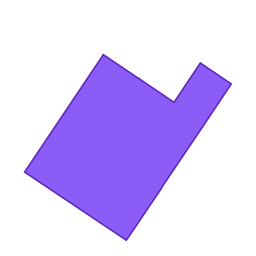 the district of Boundary, Idaho, United States of America, rotated 124°
{"feature_id": "52423323B63721358154647", "entity_name": "Boundary", "entity_type": "district", "adm_level": 2, "iso_a3": "USA", "parent_name": "United States of America", "parent_adm1": "Idaho", "projection": "equal_earth", "projection_center": [-116.64, 48.751], "detail": "fine", "context": "isolated", "style": "filled", "palette": "violet", "viewbox_px": 256, "rotation_deg": 124, "n_neighbors": 0, "source": "geoboundaries", "source_scale": "gbopen_adm2", "svg_char_len": 345}
<svg xmlns="http://www.w3.org/2000/svg" viewBox="0 0 256 256"><g transform="rotate(124 128 128)"><path d="M33.7,67.0L33.7,97.5L33.6,104.4L81.0,104.2L80.9,143.7L80.7,146.7L81.0,146.7L81.0,189.5L222.4,189.1L222.4,185.8L222.0,66.6L160.7,66.5L159.4,66.7L151.4,66.8L86.4,66.8L33.7,67.0Z" fill="#8b5cf6" stroke="#5b21b6" stroke-width="1.5"/></g></svg>